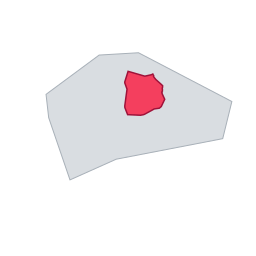 where Saint Thomas sits in Barbados, rotated 119°
{"feature_id": "BRB-1999", "entity_name": "Saint Thomas", "entity_type": "Parish", "adm_level": 1, "iso_a3": "BRB", "parent_name": "Barbados", "parent_adm1": "", "projection": "orthographic", "projection_center": [-59.606, 13.184], "detail": "fine", "context": "in_parent", "style": "filled", "palette": "rose", "viewbox_px": 256, "rotation_deg": 119, "n_neighbors": 0, "source": "natural_earth", "source_scale": "10m", "svg_char_len": 891}
<svg xmlns="http://www.w3.org/2000/svg" viewBox="0 0 256 256"><g transform="rotate(119 128 128)"><path d="M157.4,202.4L138.3,216.0L78.2,188.6L57.1,155.3L54.5,50.0L91.4,40.0L161.0,123.2L201.5,153.6L157.4,202.4Z" fill="#d9dde1" stroke="#a8b0b8" stroke-width="1"/><path d="M93.1,109.3L95.5,110.2L98.6,114.3L108.0,120.2L109.0,121.1L110.8,123.3L116.5,134.8L111.7,140.6L110.3,141.5L94.5,147.7L90.1,152.7L89.1,153.2L78.4,155.4L74.5,138.4L70.0,133.3L69.2,132.8L68.8,132.5L69.0,132.3L69.2,132.0L69.4,131.4L69.6,131.1L69.8,130.9L70.5,130.7L71.2,129.4L72.1,127.1L73.9,119.3L74.3,118.1L75.6,117.6L75.9,117.4L76.0,117.4L76.4,117.4L76.5,117.3L76.8,117.2L77.0,117.1L77.7,116.5L77.9,116.5L78.0,116.4L78.3,116.2L78.7,116.0L78.9,115.9L79.0,115.8L79.3,115.8L79.5,115.9L79.8,115.9L80.1,115.7L80.3,115.5L80.5,115.6L81.5,114.7L85.1,109.8L93.1,109.3Z" fill="#f43f5e" stroke="#9f1239" stroke-width="1.5"/></g></svg>